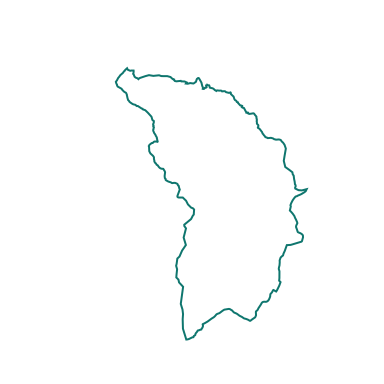 outline of Bistra, Alba, Romania, rotated 139°
{"feature_id": "2599482B44992285176007", "entity_name": "Bistra", "entity_type": "district", "adm_level": 2, "iso_a3": "ROU", "parent_name": "Romania", "parent_adm1": "Alba", "projection": "natural_earth1", "projection_center": [23.133, 46.419], "detail": "fine", "context": "isolated", "style": "outline", "palette": "teal", "viewbox_px": 384, "rotation_deg": 139, "n_neighbors": 0, "source": "geoboundaries", "source_scale": "gbopen_adm2", "svg_char_len": 5917}
<svg xmlns="http://www.w3.org/2000/svg" viewBox="0 0 384 384"><g transform="rotate(139 192 192)"><path d="M172.9,326.5L175.4,325.5L177.2,325.1L178.0,323.3L178.2,322.2L178.7,321.5L178.8,321.0L178.8,320.6L178.9,320.3L177.4,316.1L177.6,315.3L177.5,312.6L177.2,311.4L176.8,310.4L176.8,309.8L177.4,308.0L177.8,307.6L178.1,306.9L179.0,305.3L179.9,303.3L179.8,302.2L180.0,301.1L179.8,300.0L179.1,297.3L178.4,296.1L177.6,295.0L177.5,294.7L177.4,293.5L177.3,293.1L176.5,292.5L175.2,288.0L174.7,287.3L174.9,286.8L174.8,286.4L173.8,284.8L173.6,284.1L173.3,280.9L173.2,275.8L173.3,275.1L174.3,273.1L174.6,272.3L174.6,271.8L174.2,270.8L174.3,270.6L174.8,269.9L175.7,269.2L176.5,268.9L177.1,268.4L177.3,268.2L177.3,267.5L178.0,267.1L178.3,266.8L178.2,266.0L178.3,265.8L179.3,265.3L179.6,264.8L180.5,264.4L180.9,263.9L181.3,263.1L181.5,262.2L181.8,261.6L182.1,259.0L182.5,258.1L182.5,257.4L182.9,256.0L183.3,255.6L183.4,255.2L183.8,254.6L184.8,252.6L185.1,252.5L185.3,252.6L185.6,253.3L186.0,253.7L187.2,254.7L187.9,254.9L189.3,254.8L189.6,254.8L190.0,255.2L190.5,255.4L192.9,255.5L193.5,255.4L194.0,255.1L194.5,255.0L194.9,254.1L197.5,250.8L198.1,248.4L197.7,245.0L197.8,243.7L198.2,242.8L199.0,242.0L199.8,240.4L200.4,239.7L200.7,238.2L200.5,237.4L200.8,235.7L200.4,234.8L200.6,232.4L200.5,231.2L199.9,229.8L198.5,228.3L198.9,225.8L199.3,224.6L202.2,222.0L203.3,220.4L203.4,219.9L203.3,219.3L203.9,218.5L203.9,217.9L203.2,215.9L203.0,215.4L201.6,213.1L201.4,212.2L201.1,211.7L199.7,210.8L198.8,210.0L198.1,208.7L197.7,207.7L198.2,206.1L198.0,205.8L198.0,205.4L199.1,203.3L199.6,201.9L205.4,198.7L206.1,198.0L206.1,197.3L205.6,196.5L202.6,193.9L202.2,189.3L203.2,185.3L202.9,180.8L202.0,179.1L201.9,177.4L205.5,173.8L206.9,173.6L210.4,172.2L219.3,172.4L220.1,171.4L220.4,168.5L228.2,163.1L231.4,156.0L237.9,154.3L243.8,151.5L246.7,151.4L250.7,147.9L252.4,146.7L253.9,143.5L258.1,139.6L259.9,137.8L259.7,134.8L261.1,132.2L260.9,126.3L273.9,114.9L276.3,109.5L278.9,105.7L282.5,102.1L288.5,94.8L293.1,84.4L292.1,83.7L290.9,83.1L287.1,82.1L286.4,81.6L286.2,81.5L285.1,82.1L283.8,81.9L283.4,81.9L282.5,82.6L281.8,82.9L279.9,83.2L278.8,83.6L278.3,83.6L277.7,83.1L276.9,83.0L275.5,82.2L275.1,82.1L274.5,82.5L273.3,82.7L272.1,83.3L271.4,83.9L270.8,85.1L270.6,85.2L268.8,84.7L265.2,84.0L260.2,83.6L257.8,83.2L256.4,83.2L253.7,83.6L252.6,83.3L250.8,82.6L249.5,82.5L246.6,82.3L244.8,82.0L241.2,79.8L240.7,79.4L240.2,78.6L240.0,78.1L239.9,77.5L239.5,76.6L239.4,74.2L239.3,73.4L238.3,71.4L237.9,70.3L237.3,67.4L236.3,65.0L235.7,62.6L235.5,62.2L234.7,61.1L233.6,59.1L232.8,56.8L232.6,56.6L232.2,56.5L230.2,56.4L226.7,56.0L226.0,56.2L224.5,57.0L222.8,59.2L222.2,59.8L221.7,59.9L220.3,59.9L219.7,60.0L218.1,60.7L214.1,61.8L212.2,62.5L211.2,62.6L210.4,62.4L209.6,61.9L208.1,60.5L207.0,60.1L206.5,60.0L204.6,60.3L202.5,61.3L201.5,61.9L200.4,63.0L199.8,63.5L197.5,63.8L195.2,64.7L194.8,64.6L193.8,61.7L192.5,62.0L187.5,64.1L184.3,65.9L184.4,67.9L182.5,69.7L178.1,74.7L177.8,75.2L177.0,77.0L176.0,77.9L174.0,79.3L171.9,81.4L170.7,82.9L168.3,84.3L167.9,84.4L166.6,84.5L164.9,84.4L163.3,85.5L160.6,86.7L155.3,89.7L152.3,87.4L151.3,86.9L142.2,82.8L141.7,82.7L141.2,82.8L137.9,85.0L137.5,85.5L136.9,86.3L136.7,86.9L136.7,87.6L136.8,88.4L137.2,89.7L138.3,91.9L138.4,92.4L138.2,93.0L137.4,94.8L136.7,96.7L136.4,97.4L135.6,98.1L134.9,98.5L133.0,99.3L132.5,100.1L131.6,103.0L131.2,104.8L130.5,106.7L130.2,109.6L130.2,112.2L130.3,113.8L126.9,116.3L126.7,116.6L126.5,117.3L126.3,117.5L124.2,118.6L121.4,119.7L119.0,120.3L117.0,120.6L116.5,120.5L115.6,120.0L114.7,119.9L111.7,118.9L110.4,118.6L107.4,118.1L105.7,118.0L103.6,118.9L108.0,121.1L110.4,123.5L111.8,126.8L111.5,127.5L109.9,128.4L109.3,129.4L109.2,130.3L107.7,132.5L106.5,134.7L104.5,137.7L104.4,139.2L103.3,141.0L104.0,144.6L105.2,149.7L102.3,155.3L98.6,158.4L92.7,163.2L91.2,166.9L90.9,169.5L91.1,171.1L91.1,171.7L90.9,172.5L91.0,173.2L91.2,173.6L92.0,174.7L94.3,176.4L94.9,177.4L95.3,177.8L95.7,179.3L96.9,181.1L99.4,182.9L99.7,183.3L99.8,184.1L100.6,185.2L100.4,186.8L100.5,187.8L100.3,188.7L100.4,189.8L99.9,191.0L99.8,191.4L99.8,192.3L99.7,193.0L99.6,195.4L99.7,195.9L100.1,196.9L100.1,197.3L99.9,197.6L99.1,197.9L98.4,198.5L98.1,199.1L98.2,200.8L98.1,201.1L97.0,202.4L96.7,203.1L95.8,203.7L95.6,204.0L95.3,204.7L95.0,205.0L94.8,205.7L94.1,206.3L93.9,207.0L93.9,209.3L93.7,210.2L93.9,210.9L94.3,211.3L96.3,212.5L97.6,213.4L98.1,214.5L97.7,214.6L97.6,215.0L97.9,215.2L98.9,216.2L98.5,216.6L98.7,216.9L97.7,221.3L98.3,222.1L98.6,222.8L98.7,223.4L97.7,223.8L97.6,224.0L98.2,225.1L98.7,225.5L98.8,226.0L98.8,227.9L98.9,228.8L98.5,229.5L99.1,230.6L98.8,231.4L98.8,232.0L99.2,233.1L99.2,233.5L99.1,234.2L98.0,236.8L98.1,237.3L98.4,240.3L98.3,240.6L97.7,241.3L97.6,241.6L97.6,241.9L98.7,242.4L99.1,242.6L100.8,245.0L100.9,246.0L101.1,246.5L102.0,247.3L103.3,248.2L103.3,249.0L103.7,249.6L104.8,250.5L106.4,252.2L107.4,252.3L107.5,253.2L107.9,253.8L108.0,255.3L108.2,256.2L108.4,256.7L109.8,258.6L110.1,259.1L109.6,259.9L109.1,261.2L110.0,262.2L110.2,263.0L110.9,262.7L111.5,263.1L111.8,262.6L112.3,261.5L113.2,261.6L114.0,262.2L115.0,261.9L115.6,262.1L116.2,262.8L115.3,263.5L114.7,265.3L113.1,268.4L112.3,272.3L112.2,273.6L112.6,274.0L114.1,274.1L114.6,273.9L116.7,272.6L119.2,272.8L119.8,273.0L122.0,275.5L122.8,275.8L124.2,276.5L125.4,277.8L124.1,278.1L125.1,280.3L127.5,282.5L127.6,282.8L127.5,283.2L127.6,283.3L128.1,283.6L131.2,285.8L132.1,287.0L132.1,287.6L132.1,288.3L131.7,288.6L131.8,288.8L131.9,289.3L132.3,289.5L132.5,290.1L132.8,292.9L134.6,295.6L139.1,299.6L140.3,301.7L145.0,305.0L147.8,308.4L151.1,310.0L155.7,311.9L157.0,312.4L157.7,312.4L158.4,312.3L158.6,313.7L159.4,315.1L159.6,315.9L159.7,316.7L158.8,319.2L158.9,319.8L158.0,320.3L156.8,321.4L156.4,322.0L158.1,323.5L159.1,324.0L160.2,326.3L160.2,326.7L159.9,327.6L159.8,328.0L162.5,327.9L163.3,327.6L164.1,327.7L166.0,327.2L167.0,327.2L169.5,327.2L171.4,326.7L172.9,326.5Z" fill="none" stroke="#0f766e" stroke-width="2"/></g></svg>